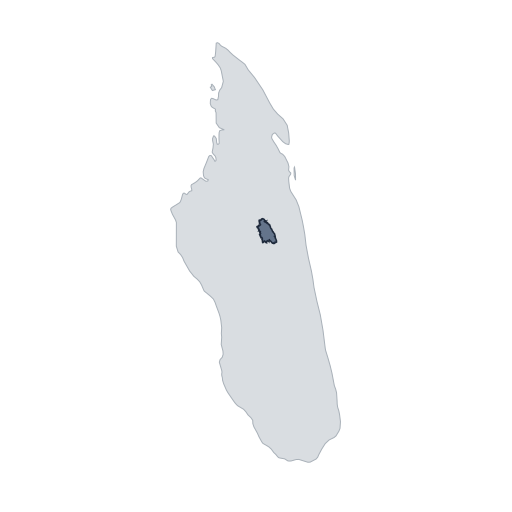 Anjozorobe, Analamanga, Madagascar (highlighted), rotated 335°
{"feature_id": "10022922B1306198900476", "entity_name": "Anjozorobe", "entity_type": "district", "adm_level": 2, "iso_a3": "MDG", "parent_name": "Madagascar", "parent_adm1": "Analamanga", "projection": "equal_earth", "projection_center": [47.714, -18.198], "detail": "fine", "context": "in_parent", "style": "filled", "palette": "slate", "viewbox_px": 512, "rotation_deg": 335, "n_neighbors": 0, "source": "geoboundaries", "source_scale": "gbopen_adm2", "svg_char_len": 7498}
<svg xmlns="http://www.w3.org/2000/svg" viewBox="0 0 512 512"><g transform="rotate(335 256 256)"><path d="M317.6,57.5L318.7,60.8L320.0,64.0L323.9,71.7L325.5,74.6L327.0,77.7L327.6,84.0L330.1,93.7L332.4,108.3L333.1,123.2L333.8,130.1L335.6,136.5L338.5,143.2L339.5,150.7L337.6,158.3L334.9,165.5L334.2,166.9L333.0,168.7L332.4,168.6L330.3,166.8L328.6,163.7L326.4,156.6L325.6,152.9L324.7,152.3L322.2,152.7L320.3,154.9L320.0,156.4L320.4,160.4L321.0,164.0L321.3,167.7L321.4,172.4L322.1,173.8L323.1,174.9L324.1,178.0L324.3,185.2L323.6,188.9L321.8,192.0L321.9,193.7L322.6,195.5L321.9,196.6L319.5,197.9L318.5,199.1L317.2,202.3L315.1,208.8L314.8,212.1L316.1,222.2L315.7,229.4L313.0,243.0L311.4,249.5L309.3,257.2L305.9,267.4L302.6,280.2L299.8,293.3L297.7,301.2L295.3,308.9L292.1,322.6L289.4,336.5L285.3,351.7L279.8,368.7L279.2,370.9L278.0,379.5L276.8,387.0L275.3,394.4L272.2,406.6L271.9,410.4L271.2,414.0L268.2,421.7L267.0,424.5L266.1,427.5L265.6,431.4L264.7,435.1L262.5,441.9L259.3,447.7L257.1,449.8L252.4,452.9L250.0,453.5L244.6,453.6L239.4,455.3L234.1,458.7L228.9,462.6L226.9,464.4L224.7,465.4L217.9,465.7L215.8,464.8L208.9,458.5L206.3,457.4L201.2,456.6L199.7,456.0L198.3,455.2L196.2,451.9L192.2,449.1L191.2,448.2L190.6,446.3L190.1,444.2L189.1,441.8L188.2,437.4L186.9,434.3L183.1,428.8L182.7,427.0L182.3,421.2L182.4,417.2L181.9,410.0L182.3,406.6L183.6,403.5L183.0,400.2L181.6,396.7L181.0,393.0L180.0,389.7L176.0,383.8L175.0,380.8L174.4,377.8L172.8,368.3L172.5,365.0L172.7,358.1L173.2,354.5L174.1,352.0L174.4,350.1L175.0,348.5L175.9,347.2L176.5,345.7L177.9,336.7L179.7,334.7L182.5,333.6L184.7,331.2L185.9,328.1L187.1,321.5L190.6,315.1L191.8,311.7L194.6,306.5L197.0,299.3L197.8,295.8L198.3,292.3L198.9,284.6L199.3,280.8L199.2,277.0L197.7,273.1L194.3,266.0L194.2,264.7L194.4,259.4L194.1,255.6L192.8,251.8L191.1,248.2L189.5,241.5L188.6,230.4L188.8,226.4L188.3,222.9L187.1,219.5L187.9,213.5L198.0,192.0L198.3,189.4L197.9,182.9L198.1,179.0L198.4,177.6L199.2,176.8L201.0,176.4L209.3,175.4L210.4,174.8L212.4,172.9L215.3,169.4L216.6,168.4L217.7,168.8L218.5,170.3L219.4,171.1L222.7,169.5L224.0,169.5L225.4,169.7L226.0,168.2L226.3,166.3L226.8,164.9L227.7,164.1L232.1,163.7L234.8,163.1L238.4,161.7L239.2,162.0L242.1,167.0L242.9,167.4L244.1,167.6L245.0,166.7L242.7,164.1L242.3,162.6L242.4,161.0L243.7,157.4L245.8,154.7L250.4,150.5L255.3,145.8L256.7,145.4L257.9,146.2L258.8,151.8L258.7,152.7L259.5,152.9L260.4,152.2L261.2,149.9L261.2,148.0L260.6,146.2L260.2,144.7L260.2,143.3L262.7,139.9L264.6,136.7L265.5,132.9L266.3,131.2L268.3,129.2L268.9,129.5L269.4,131.1L269.6,132.8L269.1,134.5L268.4,136.2L268.1,138.4L269.2,138.8L270.3,138.3L271.9,134.3L273.7,130.5L274.8,128.5L276.1,127.1L278.4,127.4L280.6,128.2L277.0,124.2L276.1,118.7L280.4,109.2L280.4,107.2L281.0,106.6L281.3,105.8L279.1,102.6L278.7,101.0L279.0,98.5L280.1,96.4L281.0,94.9L282.4,94.3L283.5,95.1L285.8,97.8L287.4,98.2L289.4,95.6L291.0,92.5L293.3,90.3L296.0,88.9L300.2,83.9L302.8,73.4L303.1,70.4L302.5,66.7L301.5,63.1L300.0,58.7L300.4,57.8L302.6,58.3L303.4,57.7L305.8,53.8L309.9,46.3L311.2,46.4L312.3,47.7L312.8,49.8L313.5,51.3L316.3,54.9L317.6,57.5ZM289.5,87.0L289.5,88.1L286.4,87.6L285.9,83.7L287.5,83.6L287.8,81.9L288.7,81.7L289.7,85.2L289.5,87.0ZM326.5,198.2L323.9,204.0L324.6,199.2L327.7,192.3L328.5,191.7L326.5,198.2Z" fill="#d9dde1" stroke="#a8b0b8" stroke-width="1"/><path d="M272.6,247.2L272.8,247.0L273.0,247.3L273.3,247.6L273.5,247.7L273.6,247.8L273.7,248.1L273.8,247.8L273.9,247.7L274.0,247.7L274.3,247.7L274.5,247.5L274.6,247.4L274.9,247.0L274.9,246.9L275.0,246.9L275.0,247.8L275.1,248.1L275.3,248.2L275.4,248.3L275.3,248.5L275.5,248.6L275.9,249.5L275.8,249.8L276.0,250.4L276.1,250.5L276.2,250.8L276.3,250.9L276.6,251.2L276.4,251.4L276.5,251.5L276.8,251.5L276.9,251.8L277.1,252.0L277.4,251.7L277.6,252.0L277.8,252.1L278.0,252.1L278.2,252.5L278.3,252.5L278.5,252.4L278.9,252.5L279.0,252.7L278.9,252.4L279.0,252.0L279.1,251.6L279.3,251.7L279.6,251.8L279.8,251.8L280.0,252.1L280.3,252.1L280.6,252.0L280.6,251.8L280.7,251.6L280.8,251.1L281.0,250.9L280.9,250.6L281.0,250.4L281.0,250.2L281.1,249.9L281.1,249.7L281.2,249.0L281.1,248.5L281.0,248.2L281.2,247.9L281.3,247.7L281.2,247.0L281.3,247.1L281.5,246.9L281.9,245.5L281.9,244.9L282.0,244.7L282.2,243.9L282.2,243.7L281.9,243.3L281.9,243.1L281.9,242.5L281.7,241.7L281.8,241.4L281.7,241.2L281.5,241.3L281.4,241.1L281.4,240.7L281.5,240.6L281.5,240.3L281.4,240.1L281.4,239.9L281.5,239.6L281.5,239.2L281.5,238.6L281.6,238.4L281.6,238.2L281.4,237.9L281.2,237.7L281.2,237.4L281.1,237.2L281.2,236.8L281.2,236.7L281.1,236.3L281.4,235.7L281.4,235.0L281.5,234.6L281.4,234.4L281.5,234.1L281.4,234.1L281.2,234.1L281.1,233.5L281.2,233.3L281.3,233.1L281.3,232.9L281.1,232.8L280.9,232.4L280.7,232.5L280.5,232.2L280.4,231.5L280.6,231.2L280.5,230.8L280.4,230.4L279.9,230.2L279.5,230.1L279.4,230.2L279.3,229.8L279.1,229.6L279.2,229.2L279.4,229.2L279.5,229.0L279.8,228.8L279.7,228.8L279.6,228.6L279.4,228.4L279.4,228.2L279.2,228.2L279.1,227.8L278.9,227.5L278.7,227.8L278.9,228.0L279.0,228.1L278.9,228.3L278.6,228.6L278.2,228.6L278.1,228.2L278.6,227.8L278.8,227.5L278.8,227.4L278.9,227.2L279.0,226.9L278.9,226.6L278.9,226.3L278.8,226.1L278.5,226.0L278.4,225.8L278.2,225.4L278.1,225.2L277.9,225.2L277.7,224.9L277.4,224.9L277.2,224.9L277.1,225.1L276.9,225.1L276.8,224.9L276.7,224.8L276.4,224.9L276.1,225.5L275.9,225.6L275.7,225.6L275.4,225.6L275.3,225.3L275.1,225.3L274.9,225.2L274.7,225.0L274.4,225.2L274.2,225.2L273.9,225.1L273.9,225.3L273.9,225.5L274.0,225.8L273.9,225.9L273.9,226.0L273.8,226.6L273.6,227.0L273.5,227.3L273.4,227.3L273.3,227.2L273.3,227.3L273.2,227.5L272.9,228.0L273.4,228.8L273.4,229.2L273.3,229.6L272.9,229.8L272.6,229.8L272.1,229.9L271.7,230.0L271.6,229.6L271.6,229.3L271.4,229.3L271.2,229.5L271.1,229.9L270.9,230.1L270.5,230.3L270.4,230.3L270.2,230.5L269.9,230.7L269.8,230.4L269.8,230.1L269.8,229.9L269.7,229.7L269.4,229.8L269.2,229.9L269.2,230.0L269.3,230.2L269.2,230.4L269.2,230.5L269.3,230.5L269.4,230.8L269.5,231.0L269.5,231.6L269.6,231.9L269.8,232.0L269.7,232.2L269.7,232.3L269.6,232.5L269.8,232.6L269.7,232.8L269.7,233.0L269.9,233.1L269.9,233.4L269.7,233.4L269.7,233.5L269.8,233.6L269.7,233.7L269.5,233.9L269.3,234.1L269.5,234.1L269.5,234.3L269.5,234.6L269.5,234.8L269.6,234.7L269.8,234.7L269.8,234.8L269.7,234.9L269.9,235.1L269.9,235.3L269.8,235.5L270.0,235.6L269.9,235.7L269.9,235.9L269.9,236.0L270.1,236.1L269.9,236.4L269.8,236.5L269.6,236.5L269.6,236.8L269.5,236.7L269.2,236.8L269.2,237.0L269.4,237.4L269.3,237.6L269.2,237.5L269.0,237.8L268.9,237.9L268.9,238.0L269.1,238.0L268.9,238.3L268.6,238.5L268.6,238.4L268.4,238.3L268.4,238.5L268.6,238.7L268.5,238.8L268.5,239.1L268.7,239.4L268.5,239.6L268.6,239.8L268.7,240.1L268.5,239.9L268.4,239.9L268.3,240.0L268.4,240.3L268.3,240.2L268.3,240.3L268.3,240.6L268.3,240.8L268.3,241.1L268.5,241.3L268.5,241.5L268.4,241.6L268.6,241.7L269.0,241.6L269.0,241.8L269.2,242.0L269.1,242.3L269.2,242.7L269.1,242.8L268.6,243.2L268.7,243.3L268.7,243.6L268.7,243.9L268.5,244.0L268.5,244.4L268.3,244.6L268.3,244.8L268.2,244.9L268.1,245.1L268.1,245.3L268.0,245.6L268.1,245.8L267.9,246.1L267.8,246.4L267.7,246.5L267.8,246.8L268.1,246.8L268.7,246.6L268.8,246.6L269.0,246.5L269.0,246.4L269.3,246.1L269.5,246.0L269.9,246.2L270.0,246.1L270.1,246.3L270.1,246.5L270.2,246.8L270.3,246.8L270.3,247.0L270.4,247.3L270.6,247.6L270.6,247.9L270.8,248.1L270.9,248.3L271.1,248.4L271.2,248.5L271.3,248.2L271.2,248.0L271.4,247.9L271.4,247.7L271.5,247.6L271.4,247.3L271.5,247.2L272.0,247.2L272.3,247.1L272.5,247.1L272.6,247.2Z" fill="#64748b" stroke="#1e293b" stroke-width="1.5"/></g></svg>